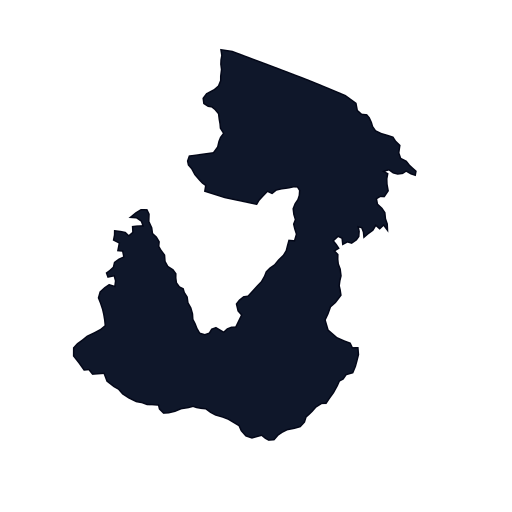 outline of São Lourenço do Oeste, Santa Catarina, Brazil, rotated 206°
{"feature_id": "56859067B44410485278405", "entity_name": "São Lourenço do Oeste", "entity_type": "district", "adm_level": 2, "iso_a3": "BRA", "parent_name": "Brazil", "parent_adm1": "Santa Catarina", "projection": "robinson", "projection_center": [-52.857, -26.469], "detail": "fine", "context": "isolated", "style": "filled", "palette": "ink", "viewbox_px": 512, "rotation_deg": 206, "n_neighbors": 0, "source": "geoboundaries", "source_scale": "gbopen_adm2", "svg_char_len": 3765}
<svg xmlns="http://www.w3.org/2000/svg" viewBox="0 0 512 512"><g transform="rotate(206 256 256)"><path d="M159.3,98.8L157.7,104.8L155.4,108.9L151.9,113.5L146.1,117.9L141.5,122.0L139.7,128.0L140.5,133.2L138.9,137.1L137.5,141.0L136.0,146.5L132.4,152.3L128.5,154.3L127.7,160.2L126.5,167.1L126.1,175.2L126.3,180.2L123.8,183.6L123.0,188.9L117.9,193.5L118.3,200.3L119.3,205.6L120.7,212.3L124.2,218.2L129.2,215.7L133.2,218.9L139.3,218.3L147.6,218.0L158.8,221.0L165.9,228.8L166.0,235.5L166.8,243.0L164.3,249.0L163.4,253.3L162.5,258.0L165.6,262.5L168.2,265.7L169.8,270.5L170.9,275.4L174.6,281.1L178.6,284.9L181.1,288.9L183.1,293.2L187.8,294.9L185.1,299.2L189.0,301.5L193.3,303.5L190.9,309.7L186.4,309.7L183.1,304.5L180.0,308.8L175.7,309.5L172.9,314.5L172.2,318.6L174.1,323.3L177.0,327.1L173.3,327.8L169.9,324.6L167.2,320.2L165.2,324.9L162.3,330.4L161.8,336.1L156.8,334.7L154.9,339.8L149.1,336.8L152.1,342.3L156.0,346.2L159.2,351.4L163.7,354.0L169.6,355.8L172.9,360.3L170.5,364.0L166.8,365.6L165.8,372.5L169.8,378.0L172.3,382.7L173.7,387.7L178.6,387.9L174.3,391.8L169.1,390.9L164.6,391.8L160.5,394.5L158.3,398.2L152.7,397.8L148.3,398.4L149.4,402.3L154.4,403.7L158.0,404.8L162.5,407.0L168.8,407.1L172.9,411.2L175.2,418.4L181.1,420.4L185.0,422.8L190.1,422.1L197.2,420.9L203.5,420.9L208.0,423.4L210.9,426.6L214.8,429.8L218.4,431.4L223.2,429.6L228.8,431.2L233.1,437.0L246.1,439.3L258.5,438.6L263.7,438.3L281.3,437.2L293.2,436.3L300.4,435.6L326.1,433.3L345.7,431.4L367.1,429.4L377.9,426.0L374.6,421.3L373.4,417.0L371.6,412.9L368.7,408.5L366.5,402.1L364.6,398.2L364.2,392.3L366.4,387.2L371.5,380.2L372.6,374.6L369.7,370.2L364.6,369.6L361.1,370.7L357.1,369.8L352.0,367.5L348.9,362.7L346.2,359.0L344.0,355.3L338.8,352.1L339.8,347.1L339.5,342.9L338.2,337.2L339.5,330.1L359.7,316.6L359.1,311.4L356.6,308.2L352.0,306.3L346.6,302.4L340.1,299.6L336.1,298.1L332.1,297.4L330.4,291.8L309.6,294.9L278.1,302.8L277.8,307.2L276.2,312.7L274.1,319.2L269.0,319.3L266.7,324.2L262.5,327.6L259.3,329.7L256.1,331.9L252.6,334.7L249.0,336.3L245.5,334.1L243.6,329.4L243.0,325.0L243.7,320.3L243.3,314.8L240.2,310.0L236.5,306.0L236.1,301.2L233.2,297.6L229.2,293.4L228.0,286.5L233.2,284.5L232.2,279.2L231.1,274.0L231.6,268.7L233.9,262.3L235.3,256.3L238.1,251.3L239.8,246.3L239.4,241.6L239.8,235.2L241.6,229.7L245.5,216.4L249.2,213.9L251.5,209.1L252.5,204.3L248.0,198.8L243.0,196.7L243.0,183.2L246.9,181.1L249.8,177.9L251.6,173.3L260.6,174.0L263.7,170.8L264.1,166.2L267.5,162.8L272.8,161.9L277.3,164.9L281.2,168.5L285.0,171.3L287.7,176.1L291.8,180.7L296.7,184.1L299.9,188.9L304.5,191.7L307.1,194.6L311.3,194.6L315.8,197.0L318.5,201.1L320.3,204.9L324.6,207.2L330.7,207.9L335.4,211.2L338.6,216.7L344.2,219.6L347.7,222.0L349.3,226.3L353.9,229.3L358.9,230.8L362.1,235.6L367.5,240.0L370.5,246.7L374.3,249.7L379.6,247.2L382.8,242.2L385.8,235.7L380.1,238.0L374.3,237.1L370.7,233.6L376.2,230.6L379.8,228.3L377.0,223.3L379.2,218.3L383.8,219.8L388.2,218.7L394.1,216.7L392.3,212.8L391.0,207.9L384.5,207.8L382.5,200.3L378.0,202.0L374.3,197.2L377.8,193.0L380.3,188.2L379.2,183.4L380.9,179.0L382.9,175.2L379.8,172.2L374.8,176.1L371.3,172.1L369.5,166.7L375.4,165.8L378.0,161.2L380.3,155.4L379.2,149.3L375.1,145.6L370.5,140.9L367.2,136.8L363.8,132.0L360.9,127.3L363.3,122.0L367.4,116.3L372.5,109.9L375.1,104.3L378.0,98.9L379.6,93.5L376.1,86.2L368.4,82.5L360.5,78.2L356.4,80.7L351.1,78.2L341.1,84.0L335.0,78.2L326.3,76.4L321.2,76.1L315.3,73.6L307.8,72.7L299.7,72.7L294.1,74.3L288.7,74.8L284.0,77.0L278.2,79.3L275.7,76.2L270.2,74.3L265.8,76.8L260.8,80.9L256.3,86.0L250.4,90.1L246.7,93.3L242.9,93.8L238.4,95.1L234.1,96.7L228.3,95.6L222.7,95.4L215.3,96.7L209.4,97.2L196.8,96.1L192.7,92.6L186.2,89.9L179.9,90.7L176.2,94.0L172.3,97.4L167.7,96.3L163.9,96.1L159.3,98.8Z" fill="#0f172a" stroke="#020617" stroke-width="1.5"/></g></svg>